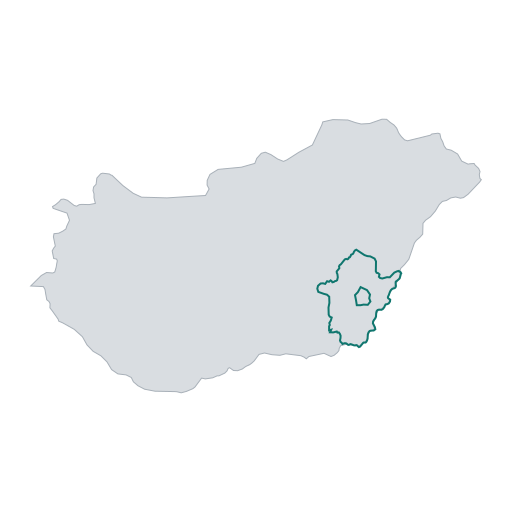 Békés on a map of Hungary (Mercator projection)
{"feature_id": "HUN-3171", "entity_name": "Békés", "entity_type": "County", "adm_level": 1, "iso_a3": "HUN", "parent_name": "Hungary", "parent_adm1": "", "projection": "mercator", "projection_center": [21.079, 46.734], "detail": "fine", "context": "in_parent", "style": "outline", "palette": "teal", "viewbox_px": 512, "rotation_deg": 0, "n_neighbors": 0, "source": "natural_earth", "source_scale": "10m", "svg_char_len": 4778}
<svg xmlns="http://www.w3.org/2000/svg" viewBox="0 0 512 512"><path d="M431.8,134.0L438.1,133.2L438.4,133.4L439.9,133.8L440.9,138.5L441.1,138.8L442.7,141.8L444.1,145.9L446.3,149.0L451.2,150.2L457.6,154.0L461.7,161.1L468.0,164.1L468.4,164.1L469.7,163.8L474.1,163.5L475.0,165.0L478.6,168.4L480.0,171.5L479.3,174.7L479.9,178.4L481.3,179.7L479.6,182.1L468.0,194.3L463.5,197.6L460.4,198.2L455.7,197.0L450.8,197.9L446.4,200.5L442.4,201.4L439.3,204.5L435.3,211.1L430.5,216.7L425.6,220.2L423.0,223.3L422.7,234.1L420.0,237.2L416.4,240.3L414.4,243.0L408.8,259.3L404.6,264.5L400.6,268.5L399.9,272.1L400.0,276.3L395.4,284.6L389.5,293.2L388.3,296.7L389.6,301.5L383.9,306.9L380.6,309.6L377.9,310.8L376.2,314.2L373.4,322.5L374.1,326.3L374.2,329.7L369.4,331.7L368.0,335.4L366.7,340.1L364.7,342.2L359.3,346.0L345.8,344.4L340.7,345.6L339.2,348.4L338.9,350.6L337.2,352.7L334.1,355.3L331.0,356.5L324.0,353.3L308.9,356.5L306.3,358.8L304.2,357.2L300.9,355.7L285.8,353.8L279.9,355.3L271.9,354.7L264.5,353.0L259.0,354.4L254.2,360.9L251.8,363.1L249.9,364.5L245.7,366.5L242.3,369.0L237.6,370.7L233.5,370.5L229.6,367.7L228.2,368.3L227.0,370.9L224.8,373.1L219.0,375.8L217.5,375.8L217.2,375.8L212.7,377.8L205.3,378.9L201.6,378.1L194.9,387.1L192.8,388.7L186.4,391.4L181.2,392.8L176.7,391.7L174.9,391.6L155.0,391.2L144.6,389.2L137.9,385.7L133.4,381.8L131.3,377.5L126.1,374.9L117.9,373.9L111.6,369.6L107.0,361.9L100.9,355.8L93.1,351.3L87.0,344.9L82.4,336.7L74.2,329.3L62.4,322.7L58.8,321.2L58.1,319.1L52.3,310.9L49.9,307.8L50.1,303.7L48.9,301.4L46.8,299.8L45.7,293.9L45.0,289.5L43.4,286.6L30.7,286.0L41.3,275.5L46.6,272.5L52.7,273.0L54.7,272.1L55.2,270.6L56.2,267.1L56.7,263.9L57.3,260.8L56.6,259.1L53.7,258.5L52.2,250.9L53.7,248.1L55.3,246.1L53.4,236.8L54.0,233.7L58.7,233.2L62.7,231.2L65.9,229.0L66.8,226.1L69.5,220.3L67.0,213.1L53.2,208.4L52.5,206.6L55.7,204.6L59.1,201.7L61.1,199.4L63.8,199.1L67.5,200.3L74.2,205.5L76.7,206.2L79.2,204.7L81.8,204.4L89.2,204.6L95.4,203.4L94.0,197.8L94.0,193.8L93.0,190.6L93.6,187.0L96.1,184.3L96.9,178.0L100.7,173.8L102.6,173.2L109.4,174.0L111.0,175.1L112.0,175.3L122.9,185.6L133.2,193.3L141.6,197.2L153.9,197.5L167.0,197.9L189.0,196.5L205.5,195.5L206.6,193.6L209.1,189.0L207.1,185.1L207.2,180.4L210.0,174.4L218.1,169.4L241.4,167.2L254.8,163.4L256.8,158.3L261.3,153.3L265.3,152.2L270.9,154.6L277.6,159.0L283.5,161.4L286.9,159.9L298.8,152.3L312.4,145.0L321.8,125.0L322.8,121.9L332.9,119.6L347.8,120.0L355.4,122.6L361.1,124.0L369.7,123.5L382.0,119.2L386.6,119.3L390.2,122.4L394.0,125.0L396.7,128.2L398.6,132.7L399.7,134.4L401.4,136.7L404.6,139.9L407.6,140.8L430.4,135.2L431.8,134.0Z" fill="#d9dde1" stroke="#a8b0b8" stroke-width="1"/><path d="M384.8,305.9L384.3,307.2L382.9,309.0L381.5,309.8L379.1,309.6L377.6,310.0L376.6,311.2L376.2,313.0L376.0,316.7L375.2,318.5L374.0,319.9L373.1,321.5L372.9,323.4L374.9,327.2L375.3,329.3L373.7,330.5L370.9,330.6L369.6,331.0L368.5,332.4L367.8,334.4L367.6,338.7L367.0,340.6L366.2,342.0L365.6,342.5L363.6,342.5L363.2,342.8L360.1,346.6L358.9,347.1L357.6,346.0L357.1,345.4L356.6,345.1L356.0,345.1L355.4,345.4L354.1,345.4L351.6,344.4L350.4,344.1L350.0,344.3L349.0,344.8L348.3,344.9L347.8,344.6L346.6,343.6L346.0,343.3L344.7,343.2L343.3,343.6L342.5,344.0L341.7,342.8L340.5,341.8L340.0,340.3L340.5,338.0L340.6,335.7L339.9,333.9L338.8,332.4L337.4,332.6L336.8,331.5L333.3,332.4L330.0,332.3L331.2,329.7L329.1,330.3L329.1,326.2L329.8,325.0L329.3,323.0L330.8,320.6L331.7,317.5L329.7,316.6L328.7,314.7L328.5,307.5L329.4,302.9L329.2,296.7L327.0,294.7L323.7,293.8L318.3,291.9L317.3,288.7L318.0,285.8L320.6,283.5L323.0,283.3L325.2,283.9L327.1,281.2L329.0,281.8L330.6,280.4L331.6,281.1L332.4,282.3L333.7,282.0L335.0,281.1L336.1,280.9L337.1,280.2L337.8,277.3L337.4,274.1L336.8,272.9L336.7,271.4L339.3,268.3L339.2,267.0L339.0,266.4L339.7,265.1L340.8,264.4L344.8,259.4L346.1,258.9L347.4,259.3L348.3,258.8L348.9,257.5L349.9,257.2L350.6,256.0L351.1,254.7L352.8,254.0L353.5,253.0L354.0,251.7L355.0,250.4L356.3,249.7L364.5,255.1L367.3,256.1L370.3,256.4L374.6,258.6L376.0,261.4L375.9,268.4L375.8,271.2L376.6,272.8L378.2,273.2L379.5,274.4L378.9,276.8L380.1,278.0L382.3,278.5L386.9,277.2L389.8,277.3L394.3,272.6L397.1,271.3L398.7,270.9L398.8,270.9L398.9,271.4L399.5,271.7L400.1,271.8L400.6,272.2L401.2,273.3L401.0,273.5L399.7,278.3L399.1,279.0L396.1,281.5L395.8,281.6L395.7,281.9L395.6,283.0L395.7,284.2L395.9,285.2L395.9,286.3L395.4,287.5L394.7,288.1L392.3,288.8L390.9,290.1L390.0,291.7L388.6,295.6L388.3,296.0L388.1,296.6L387.9,297.1L387.9,297.7L388.0,298.0L388.4,298.4L390.2,299.6L390.0,301.5L388.8,303.4L387.4,304.1L385.6,304.4L384.9,305.6L384.8,305.9ZM367.8,304.8L370.4,301.5L369.2,298.3L370.0,294.5L367.0,290.1L360.6,287.1L357.9,292.1L355.0,295.1L356.0,300.1L356.8,305.2L360.5,305.2L363.6,304.6L367.8,304.8Z" fill="none" stroke="#0f766e" stroke-width="2"/></svg>